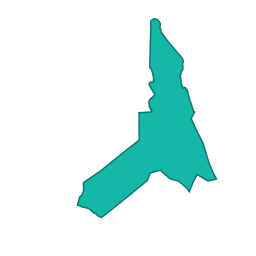 Tlalixtac de Cabrera, Oaxaca, Mexico, rotated 153°
{"feature_id": "50627088B32865736340777", "entity_name": "Tlalixtac de Cabrera", "entity_type": "district", "adm_level": 2, "iso_a3": "MEX", "parent_name": "Mexico", "parent_adm1": "Oaxaca", "projection": "natural_earth1", "projection_center": [-96.634, 17.078], "detail": "fine", "context": "isolated", "style": "filled", "palette": "teal", "viewbox_px": 256, "rotation_deg": 153, "n_neighbors": 0, "source": "geoboundaries", "source_scale": "gbopen_adm2", "svg_char_len": 2555}
<svg xmlns="http://www.w3.org/2000/svg" viewBox="0 0 256 256"><g transform="rotate(153 128 128)"><path d="M88.6,158.5L89.6,155.9L89.0,147.5L88.7,147.6L88.5,145.4L88.8,145.3L89.2,145.2L90.8,144.8L91.0,144.6L91.4,144.6L92.1,144.1L92.3,143.7L92.6,144.2L93.2,144.2L93.8,144.0L94.1,144.0L95.1,143.6L95.9,143.0L96.2,143.0L96.3,142.8L96.7,142.6L97.6,141.8L98.2,140.4L98.2,139.7L98.3,138.9L98.4,138.5L98.9,138.2L98.9,137.7L99.0,137.7L99.0,137.4L99.2,137.1L99.4,136.9L99.5,136.7L99.4,136.5L99.4,136.4L99.3,136.2L99.1,135.8L99.2,135.1L99.2,134.7L99.3,134.6L99.4,134.4L99.2,134.2L98.7,134.0L98.6,133.9L98.6,133.5L98.5,133.2L98.7,132.9L99.1,132.9L99.4,132.8L99.6,132.7L99.5,132.3L99.8,131.9L99.9,131.7L102.0,132.6L104.5,133.7L107.0,134.7L111.3,136.7L111.6,135.9L111.6,135.7L116.7,125.8L123.5,112.1L137.3,109.5L146.9,107.5L171.5,102.3L192.5,99.5L196.0,92.3L199.4,89.2L202.4,88.4L208.0,82.2L207.3,81.7L205.5,79.4L204.9,78.5L203.7,77.8L199.6,74.2L199.0,72.8L198.4,71.9L198.2,70.5L197.7,69.7L197.1,67.5L196.0,67.5L195.6,66.5L195.6,65.9L194.9,63.9L194.0,62.3L192.3,60.3L186.1,61.5L162.3,66.4L147.6,69.6L134.5,72.5L128.6,77.9L118.5,75.7L118.3,75.5L117.0,72.0L114.9,67.0L113.6,63.8L106.8,57.3L102.6,46.8L102.3,43.4L94.2,50.5L87.5,55.2L80.7,44.4L72.3,42.4L72.5,47.4L71.9,58.6L69.7,71.6L69.1,74.4L68.5,78.3L68.1,80.7L68.1,83.3L68.1,89.8L68.1,94.1L67.9,98.5L67.5,106.5L67.5,107.6L63.1,110.9L62.9,110.9L62.7,111.3L62.4,111.5L61.4,111.9L62.0,113.3L61.7,114.8L61.4,116.8L61.3,117.3L60.9,120.3L60.8,120.9L60.4,122.9L60.7,123.1L60.4,124.8L60.2,125.5L59.8,126.9L59.8,127.0L59.7,127.2L59.6,127.8L59.4,128.8L59.0,130.8L58.4,133.2L58.3,134.0L58.1,135.5L58.4,135.6L58.6,135.6L58.6,136.2L58.5,138.0L61.1,138.7L60.6,141.0L60.9,141.1L60.1,144.3L58.7,148.0L58.1,149.2L58.6,149.3L58.6,149.5L58.5,150.0L58.4,150.8L57.6,151.2L56.7,151.7L56.5,151.8L56.0,152.4L55.9,152.5L55.8,152.8L55.6,153.2L55.4,153.9L55.2,154.1L54.6,154.3L54.3,154.4L54.0,154.6L53.7,154.7L53.1,155.0L52.6,155.4L52.2,155.7L51.6,157.2L51.2,157.7L51.1,158.0L50.7,159.3L50.3,160.4L49.4,161.2L48.8,161.7L48.6,161.8L48.3,163.0L48.1,163.8L48.0,164.3L48.1,164.9L48.2,165.8L48.9,169.7L49.0,169.8L49.5,171.8L53.0,186.7L55.0,198.6L54.0,200.9L54.2,202.6L52.0,205.6L51.8,206.9L52.2,209.9L53.2,212.1L55.5,213.6L58.8,213.3L79.2,175.6L80.5,173.3L80.6,172.9L81.0,170.8L80.3,170.5L81.3,165.1L81.5,164.0L81.6,163.8L82.4,161.3L83.4,158.6L83.7,158.8L83.8,158.9L84.2,157.8L84.4,157.3L85.5,157.8L85.8,157.9L87.1,158.5L87.5,158.6L87.9,158.6L88.0,158.6L88.3,158.4L88.5,158.5L88.6,158.5Z" fill="#14b8a6" stroke="#0f766e" stroke-width="1.5"/></g></svg>